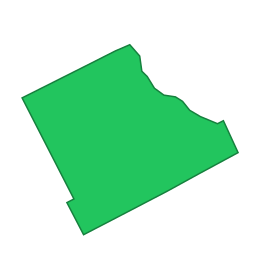 Cleveland, Arkansas, United States of America, rotated 153°
{"feature_id": "52423323B40127238387579", "entity_name": "Cleveland", "entity_type": "district", "adm_level": 2, "iso_a3": "USA", "parent_name": "United States of America", "parent_adm1": "Arkansas", "projection": "natural_earth1", "projection_center": [-92.252, 33.884], "detail": "fine", "context": "isolated", "style": "filled", "palette": "green", "viewbox_px": 256, "rotation_deg": 153, "n_neighbors": 0, "source": "geoboundaries", "source_scale": "gbopen_adm2", "svg_char_len": 445}
<svg xmlns="http://www.w3.org/2000/svg" viewBox="0 0 256 256"><g transform="rotate(153 128 128)"><path d="M86.6,55.0L41.1,56.1L39.7,91.2L46.3,91.2L58.4,105.4L65.0,115.8L67.3,127.0L71.6,134.2L81.1,141.0L86.4,151.4L87.5,165.1L89.9,172.3L84.9,186.8L88.6,201.4L104.0,202.4L138.2,202.5L208.7,202.9L208.6,166.5L208.4,89.3L216.3,89.3L216.0,53.1L204.3,53.2L176.8,53.4L121.6,53.9L86.6,55.0Z" fill="#22c55e" stroke="#15803d" stroke-width="1.5"/></g></svg>